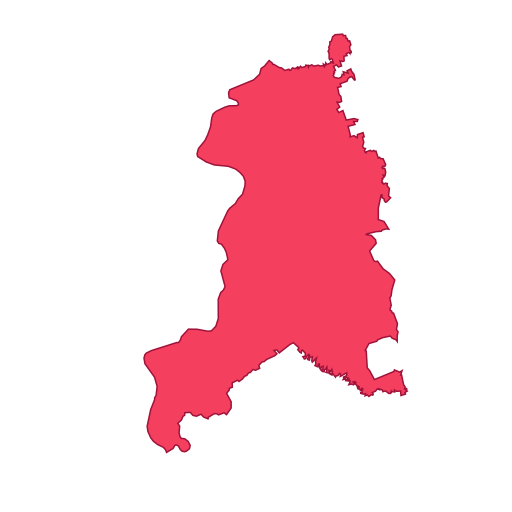 Brahamanbaria, Chittagong, Bangladesh, rotated 340°
{"feature_id": "16705992B2831557138260", "entity_name": "Brahamanbaria", "entity_type": "district", "adm_level": 2, "iso_a3": "BGD", "parent_name": "Bangladesh", "parent_adm1": "Chittagong", "projection": "orthographic", "projection_center": [91.088, 23.957], "detail": "fine", "context": "isolated", "style": "filled", "palette": "rose", "viewbox_px": 512, "rotation_deg": 340, "n_neighbors": 0, "source": "geoboundaries", "source_scale": "gbopen_adm2", "svg_char_len": 6095}
<svg xmlns="http://www.w3.org/2000/svg" viewBox="0 0 512 512"><g transform="rotate(340 256 256)"><path d="M404.2,232.8L402.5,231.8L400.7,232.2L399.5,230.4L400.2,230.3L400.0,228.0L401.5,227.1L401.1,226.3L403.5,225.6L403.2,223.6L404.7,224.7L406.5,221.7L407.0,218.0L406.2,217.0L405.0,217.3L404.7,216.0L405.7,215.1L408.0,215.7L409.1,214.4L408.7,208.1L406.5,207.1L405.8,205.5L404.4,205.7L404.6,198.4L403.3,198.3L402.9,197.1L400.3,197.2L399.6,195.8L395.0,195.8L394.7,196.6L394.0,195.8L394.0,194.0L395.6,192.5L394.0,191.3L393.7,189.3L396.2,186.0L396.7,180.9L398.4,181.0L398.8,176.7L392.9,176.6L391.5,179.4L389.2,176.4L385.2,176.3L386.0,174.7L386.9,165.6L394.0,166.3L393.7,163.0L397.2,164.2L398.4,162.7L395.1,160.4L387.3,159.1L387.4,149.0L382.9,149.5L382.1,145.9L385.6,144.7L384.8,139.1L387.2,140.3L389.3,140.0L390.3,135.0L389.3,132.9L390.3,125.5L393.9,125.9L394.0,122.9L401.3,122.9L403.1,120.8L405.1,120.1L407.3,120.2L408.6,124.3L409.4,124.4L410.2,118.8L408.9,114.6L409.1,112.6L404.9,113.1L405.1,115.6L401.0,112.7L400.7,115.7L399.1,114.8L397.7,116.9L394.6,117.4L390.7,114.9L390.3,112.9L391.4,111.9L391.4,110.9L392.5,110.7L392.3,109.5L394.2,108.7L393.7,104.5L396.9,103.8L398.1,106.6L401.4,106.7L401.6,101.3L403.9,102.9L405.6,102.8L406.9,98.4L410.1,98.8L410.0,96.8L412.9,96.5L413.3,97.4L413.4,96.3L413.9,97.6L415.1,97.5L415.4,96.0L414.7,94.8L415.6,91.1L417.4,90.0L417.6,85.8L416.0,85.6L416.1,82.7L415.1,82.3L415.6,79.4L413.3,78.8L413.4,77.2L406.0,75.1L403.0,76.2L400.3,79.9L398.6,80.0L397.9,82.3L395.6,85.0L395.7,86.6L393.8,88.2L393.9,90.9L392.2,95.6L392.5,96.9L394.2,96.3L395.0,97.0L394.7,101.1L393.9,100.7L394.1,99.7L392.7,99.0L391.7,100.2L388.1,100.2L387.6,98.4L386.5,100.7L385.0,98.7L384.7,101.1L384.1,100.0L381.2,99.4L379.8,98.0L375.3,97.4L373.8,95.4L371.6,95.7L370.9,95.0L369.9,96.4L370.0,94.7L368.0,93.7L367.4,94.9L363.6,94.6L362.6,92.9L360.1,94.7L359.3,94.3L360.4,93.3L359.9,92.5L357.1,93.4L354.6,91.7L352.1,93.3L351.1,93.1L350.8,91.7L346.5,91.5L344.4,88.0L342.1,86.7L338.5,82.2L337.2,81.6L337.4,80.5L335.2,76.8L329.0,80.4L324.9,81.6L321.6,86.4L314.1,89.7L288.2,90.8L286.0,93.3L284.9,98.2L291.0,103.5L291.7,106.3L291.1,108.0L289.2,108.1L282.1,105.7L277.7,105.5L268.1,106.4L264.2,107.9L261.6,111.2L257.5,119.0L252.0,125.7L247.6,130.0L238.7,135.3L235.5,139.9L235.2,142.6L241.5,150.7L248.0,156.2L260.6,162.2L266.5,167.2L269.4,171.8L271.4,176.7L271.4,182.0L269.6,186.3L264.5,193.3L258.9,196.1L254.5,199.7L247.5,202.2L244.7,204.1L229.2,219.6L224.8,228.6L225.3,231.4L227.5,233.0L229.0,237.9L229.3,242.4L228.5,248.9L227.8,250.1L222.1,252.6L217.9,258.0L216.5,274.1L213.7,276.9L210.4,278.2L205.7,283.7L199.2,301.8L194.3,308.2L188.5,311.1L184.8,310.1L175.6,304.7L167.5,301.6L158.4,306.3L156.1,309.2L153.7,310.8L151.6,310.2L125.3,309.1L119.8,309.7L117.8,310.8L115.8,313.7L114.8,319.3L119.2,335.1L118.5,344.8L114.4,352.9L112.2,354.6L111.6,356.3L104.5,364.3L95.5,378.7L94.4,384.0L94.9,390.8L96.2,395.0L99.0,399.4L103.5,404.1L104.7,407.0L104.8,410.0L112.2,408.5L115.1,406.2L116.5,406.3L118.0,407.7L118.7,412.1L119.8,414.2L121.9,415.5L123.9,415.6L127.6,414.3L129.4,411.4L128.8,406.9L126.5,403.4L123.3,401.7L122.8,399.6L123.2,395.9L126.1,389.8L125.3,386.5L129.8,384.6L132.8,381.5L134.4,381.4L135.5,378.9L140.8,380.5L142.2,384.2L145.3,386.2L150.3,385.9L151.6,389.3L155.7,393.1L155.2,391.7L155.8,391.3L162.9,389.9L165.2,390.9L166.5,392.5L172.4,392.4L174.0,395.0L180.6,390.4L181.2,388.9L182.8,384.4L181.4,375.0L185.0,372.8L185.8,371.2L188.9,371.2L190.2,367.1L196.2,366.4L197.1,368.1L201.3,366.9L204.1,365.1L206.5,365.1L208.9,363.3L210.9,363.5L214.2,361.6L216.5,363.2L221.0,362.8L221.3,359.7L225.5,357.6L227.5,358.0L230.9,356.8L239.8,356.1L242.2,355.1L240.6,350.9L243.4,351.3L244.7,355.0L257.8,350.7L261.5,350.3L264.7,356.4L264.7,357.4L263.2,358.2L264.4,361.6L265.4,362.6L266.7,360.2L267.6,360.4L269.1,364.3L268.1,366.9L265.6,366.6L266.2,369.3L267.7,369.5L269.5,367.5L271.9,366.6L272.4,367.5L269.6,369.9L269.3,371.1L270.6,372.1L272.1,369.6L274.5,369.9L272.6,373.4L272.6,375.0L277.9,372.6L275.9,375.4L275.3,377.9L273.9,379.2L276.2,381.3L277.7,378.9L278.6,379.1L277.5,382.8L277.9,384.7L279.6,382.6L281.5,382.6L280.0,385.2L278.3,386.1L278.9,387.2L280.6,388.1L281.2,386.2L282.8,386.2L284.6,384.6L284.1,386.7L282.0,389.3L285.0,391.3L285.8,390.3L285.1,389.1L285.6,388.3L286.9,389.9L288.5,388.5L288.0,391.9L285.3,392.3L286.7,393.9L288.1,393.4L289.3,397.0L290.2,396.1L292.1,396.4L294.3,394.8L295.0,395.7L294.0,398.0L301.3,396.8L300.3,399.4L296.8,399.7L296.7,401.0L295.6,401.9L297.4,402.3L298.7,400.5L300.7,402.1L300.2,403.2L298.3,402.9L297.7,403.8L300.4,405.2L301.3,403.7L301.6,406.2L299.2,408.7L301.9,409.0L303.6,410.4L304.8,409.7L304.3,407.8L305.3,408.5L305.7,407.7L306.7,409.0L305.4,410.4L306.5,411.8L306.3,416.3L307.7,413.4L308.1,414.0L307.3,416.3L308.3,417.0L308.0,418.1L308.9,418.2L308.9,417.3L310.3,416.5L311.0,417.3L309.2,419.6L309.1,420.9L307.7,420.2L307.4,420.9L310.0,422.7L311.8,422.9L310.7,424.7L313.0,424.6L314.1,426.6L316.9,425.8L318.2,426.7L318.9,425.9L318.5,424.1L322.1,423.9L324.4,422.4L326.2,423.8L326.2,422.9L328.9,425.0L328.8,426.9L331.6,427.1L333.7,430.5L335.5,431.2L336.7,429.4L336.8,430.4L337.6,430.0L339.8,431.2L340.3,429.3L341.6,431.1L345.7,432.4L344.5,436.7L349.2,436.9L349.3,435.1L351.9,434.7L350.8,432.6L352.2,432.6L352.1,432.0L350.2,431.5L351.4,430.1L350.7,427.4L352.1,417.6L351.2,417.4L354.0,413.7L351.4,414.3L347.1,410.4L346.2,411.7L325.0,412.6L323.6,402.7L322.3,399.1L327.1,383.0L326.3,382.1L332.2,376.9L340.3,377.4L342.0,376.3L347.6,376.1L354.9,377.2L355.8,379.8L358.9,382.6L359.5,384.6L361.4,379.2L363.5,376.0L362.9,372.9L365.8,368.0L365.7,356.7L364.5,356.0L364.6,354.1L363.5,352.9L363.9,351.6L366.2,348.6L367.4,341.3L369.4,339.6L372.2,334.2L378.2,326.0L375.4,318.0L371.1,311.6L368.4,302.4L366.3,302.1L365.1,300.6L364.5,290.1L373.2,285.3L373.9,281.7L371.4,276.1L366.9,273.6L367.4,273.1L377.1,274.2L382.2,275.6L383.4,274.8L387.5,275.0L389.9,276.2L388.1,267.4L383.4,263.6L387.4,252.7L394.4,241.5L395.2,241.6L394.4,244.3L396.0,246.3L395.5,247.2L396.0,249.7L397.4,249.8L402.4,247.3L401.1,244.9L404.4,238.2L403.2,234.7L404.2,232.8Z" fill="#f43f5e" stroke="#9f1239" stroke-width="1.5"/></g></svg>